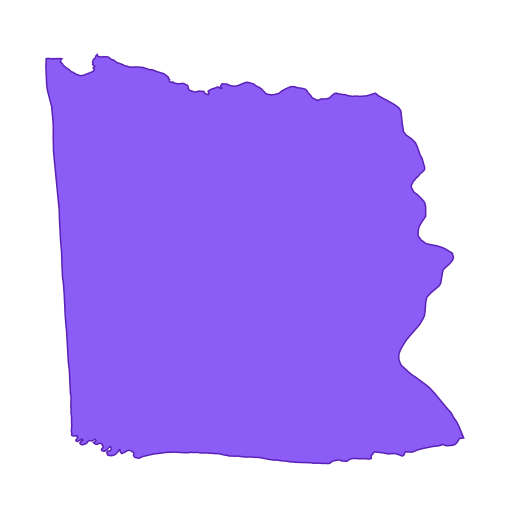 Bignona, Ziguinchor, Senegal (Equal Earth projection), rotated 266°
{"feature_id": "50182788B19391387689457", "entity_name": "Bignona", "entity_type": "district", "adm_level": 2, "iso_a3": "SEN", "parent_name": "Senegal", "parent_adm1": "Ziguinchor", "projection": "equal_earth", "projection_center": [-16.329, 12.862], "detail": "fine", "context": "isolated", "style": "filled", "palette": "violet", "viewbox_px": 512, "rotation_deg": 266, "n_neighbors": 0, "source": "geoboundaries", "source_scale": "gbopen_adm2", "svg_char_len": 5837}
<svg xmlns="http://www.w3.org/2000/svg" viewBox="0 0 512 512"><g transform="rotate(266 256 256)"><path d="M427.5,242.9L429.9,238.0L429.6,236.3L430.3,234.6L429.8,233.8L428.1,232.6L427.1,232.5L425.8,233.6L425.5,232.9L425.8,231.8L426.5,231.3L427.3,229.8L426.2,226.0L426.0,224.8L425.0,221.9L423.8,219.8L423.5,219.7L421.4,220.4L420.7,220.1L420.4,219.6L420.9,218.6L421.1,217.3L421.5,216.6L423.7,215.5L423.9,215.1L424.5,210.4L423.7,206.7L424.1,205.6L424.8,204.2L425.5,202.1L426.3,201.0L428.1,199.9L429.1,200.2L430.4,199.9L431.1,199.4L433.1,195.9L433.4,194.5L433.1,191.8L433.3,189.6L434.1,187.4L434.5,185.5L434.8,185.1L435.4,185.2L435.3,184.0L435.6,182.2L436.2,181.8L438.1,182.1L439.3,181.0L439.8,181.2L440.7,180.9L441.4,180.0L442.5,179.1L442.9,178.4L444.3,176.8L446.7,170.4L448.1,167.4L448.4,167.2L449.0,165.4L449.3,163.3L449.7,161.7L450.4,160.3L451.3,157.8L452.0,156.7L452.0,155.6L452.4,153.9L452.7,151.7L453.1,147.6L452.8,146.5L453.4,143.5L453.4,142.3L454.3,140.9L454.2,140.7L454.7,139.0L455.3,137.6L456.0,136.9L457.9,132.7L458.4,131.0L459.4,130.0L460.2,128.9L461.0,128.3L462.6,124.8L464.1,123.5L464.9,122.2L465.5,118.3L465.3,115.9L465.8,113.4L466.2,112.3L468.1,111.6L467.0,110.4L464.8,109.5L463.5,107.6L460.7,106.4L459.0,106.9L458.4,106.4L456.4,108.4L455.0,106.6L453.4,107.8L451.8,106.7L450.7,104.3L449.0,98.5L448.5,97.4L448.1,94.3L448.2,93.1L449.7,89.7L450.7,88.2L451.1,87.2L452.0,86.4L452.6,84.7L455.4,82.1L456.9,79.9L460.2,76.6L461.2,76.4L463.3,74.3L464.3,75.0L465.6,74.9L466.2,76.0L466.7,74.5L466.6,72.0L466.9,70.8L466.8,69.8L467.1,66.1L466.9,64.5L467.3,64.0L467.6,62.7L467.5,60.5L459.5,59.6L440.7,59.1L435.1,59.6L417.5,62.9L417.5,62.6L405.8,62.9L398.9,62.8L388.7,62.0L373.9,61.3L315.2,62.9L306.8,62.5L282.5,62.1L274.1,62.3L248.9,61.5L241.4,62.0L231.1,62.0L209.7,61.5L199.1,61.6L195.2,61.8L163.3,61.4L155.6,61.8L132.0,61.3L128.3,61.7L117.7,60.7L115.6,61.0L113.5,60.5L108.8,60.8L104.4,60.5L99.5,60.4L94.4,59.6L92.6,59.8L89.9,59.7L89.1,61.5L89.3,63.7L89.2,63.6L89.0,64.3L88.7,64.4L88.5,65.1L87.0,65.4L85.1,63.5L83.9,63.7L83.4,65.0L85.2,68.7L85.3,70.1L84.5,70.5L83.5,69.2L83.4,68.6L82.4,67.9L81.8,67.2L80.8,67.6L80.1,68.5L79.7,69.7L80.6,73.2L81.2,74.2L82.6,75.2L83.4,76.6L83.1,80.2L84.0,81.6L84.3,81.8L84.5,82.3L84.4,82.8L83.2,83.6L82.6,83.4L81.7,81.8L81.2,81.2L80.9,81.3L80.9,81.1L79.3,83.0L79.3,84.9L79.9,86.0L80.1,87.7L78.9,89.5L77.5,89.6L77.1,90.0L75.6,90.2L74.4,88.7L73.4,88.3L72.7,88.7L72.0,89.8L71.8,91.6L72.5,92.6L72.8,93.7L75.1,95.7L76.1,97.5L74.1,98.3L73.5,97.9L72.4,97.7L71.8,96.8L71.8,95.5L71.4,94.7L70.9,93.8L70.1,93.4L68.1,94.0L67.4,94.6L67.3,96.0L66.9,97.1L66.9,98.3L67.4,100.9L67.8,101.4L68.3,102.6L69.2,103.3L70.4,104.7L71.4,105.4L71.9,105.5L71.9,106.2L72.3,106.6L71.1,106.8L70.4,107.2L69.8,107.0L69.2,107.7L68.3,108.2L69.2,111.0L70.9,114.4L71.1,115.7L70.7,116.5L70.2,118.2L69.4,118.8L68.3,120.4L67.2,120.5L65.6,119.8L64.1,120.6L63.5,121.4L62.4,124.8L62.4,125.4L63.1,126.7L63.3,127.9L63.8,128.7L65.1,136.6L65.7,140.9L65.8,144.7L66.0,146.3L65.9,147.6L66.2,149.1L66.3,154.2L66.1,160.3L65.8,163.1L65.5,164.5L64.5,173.9L64.7,177.5L64.4,179.1L64.1,184.2L63.8,185.8L63.4,186.5L63.3,189.0L63.0,190.5L63.1,193.0L62.6,195.2L62.1,199.5L61.7,201.1L61.5,204.7L59.6,210.9L59.0,213.6L58.5,214.5L57.7,221.5L57.6,224.7L56.8,227.8L56.0,233.0L56.0,236.4L55.3,239.9L54.9,244.6L52.1,255.2L51.1,260.0L50.9,263.0L50.0,266.7L49.4,270.8L48.1,276.6L47.8,279.6L47.4,281.4L45.9,296.3L45.7,297.6L45.3,298.3L45.1,303.2L44.3,308.7L44.4,310.2L44.1,311.1L43.9,314.1L44.2,315.4L45.7,317.5L46.1,318.6L46.9,324.6L45.6,327.0L45.0,331.1L45.0,332.6L46.1,334.3L47.2,336.9L47.2,339.6L46.8,343.6L46.3,345.6L46.5,346.1L46.4,348.1L45.9,352.7L45.6,354.0L45.6,355.3L45.8,356.6L46.6,357.0L48.4,356.8L52.3,360.4L50.8,368.8L49.3,374.1L49.3,374.6L49.8,375.0L49.5,375.2L49.3,375.8L49.4,377.4L49.2,381.0L47.5,385.4L46.5,387.2L46.3,388.0L46.5,388.8L47.0,389.6L48.1,390.3L49.6,390.6L50.4,392.0L50.0,392.9L49.8,394.0L49.9,395.9L49.7,396.2L49.5,397.3L49.7,398.8L51.5,404.6L52.4,409.5L53.6,418.7L53.9,425.0L54.4,427.9L55.0,428.2L54.8,429.9L53.6,431.8L53.4,434.7L53.4,438.6L54.0,441.2L55.8,443.4L57.8,445.0L59.6,445.7L60.0,450.5L72.1,446.5L76.8,444.5L80.9,442.0L85.8,439.8L93.5,433.9L105.7,425.3L112.4,419.9L114.9,417.4L124.4,406.3L126.2,403.7L129.5,400.2L136.6,393.5L138.7,392.5L141.9,391.5L144.2,391.3L148.5,391.8L153.0,393.9L160.6,399.2L164.5,402.8L176.1,414.4L181.8,418.3L184.6,419.8L188.8,420.8L198.2,422.1L203.2,423.7L207.6,428.6L213.3,436.4L215.8,438.3L227.0,441.0L229.3,441.9L231.1,443.9L234.4,448.2L237.9,451.7L240.5,452.9L245.1,452.1L250.5,444.4L252.4,440.2L253.4,437.4L256.3,426.9L257.8,424.8L258.5,424.3L260.2,422.0L264.9,419.1L269.3,419.5L273.4,420.5L278.9,424.1L281.4,426.2L283.8,428.0L292.9,428.7L297.1,428.1L298.6,427.4L301.3,425.4L306.4,420.9L307.5,419.3L308.8,418.0L310.3,417.2L314.6,415.4L319.0,417.8L322.6,421.3L324.2,423.4L326.5,425.4L329.6,429.5L331.0,430.3L332.5,430.4L341.4,428.6L345.4,426.8L354.4,424.3L358.1,422.8L362.3,419.0L366.3,414.0L369.6,411.9L377.2,411.2L390.8,410.6L394.2,408.5L397.2,404.9L402.6,396.8L404.1,394.2L407.6,389.0L409.4,387.3L410.1,386.3L408.2,378.4L408.0,377.0L408.1,374.3L407.9,373.2L408.1,370.9L408.0,369.9L408.6,367.9L408.4,366.7L408.7,364.9L408.4,363.1L408.8,362.3L409.7,358.5L410.4,357.2L410.9,355.5L410.8,354.8L411.9,350.4L412.2,348.4L412.8,347.9L412.7,345.9L410.7,342.8L408.7,340.6L408.2,339.2L407.8,336.3L408.1,331.8L407.3,329.5L407.1,328.3L406.7,328.3L406.8,327.9L407.5,327.2L409.8,323.2L412.5,321.6L415.4,319.2L417.0,318.6L418.8,317.2L420.1,313.5L420.5,311.4L421.4,307.9L422.1,306.6L422.4,304.8L422.4,302.1L420.7,297.3L419.2,294.1L419.1,293.6L416.7,290.3L415.7,285.0L415.8,282.5L416.2,279.9L417.5,276.8L418.8,276.1L419.9,275.0L422.3,273.1L423.8,271.2L425.7,267.9L427.8,265.6L429.3,261.6L430.0,258.8L429.1,255.0L428.0,252.1L427.2,249.8L426.8,246.9L427.5,242.9Z" fill="#8b5cf6" stroke="#5b21b6" stroke-width="1.5"/></g></svg>